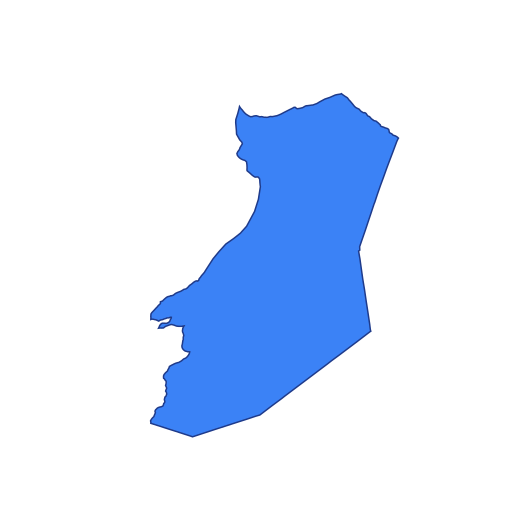 the district of Mandera West, North-Eastern, Kenya, rotated 233°
{"feature_id": "3690345B48276245407304", "entity_name": "Mandera West", "entity_type": "district", "adm_level": 2, "iso_a3": "KEN", "parent_name": "Kenya", "parent_adm1": "North-Eastern", "projection": "equal_earth", "projection_center": [40.274, 3.456], "detail": "fine", "context": "isolated", "style": "filled", "palette": "blue", "viewbox_px": 512, "rotation_deg": 233, "n_neighbors": 0, "source": "geoboundaries", "source_scale": "gbopen_adm2", "svg_char_len": 6112}
<svg xmlns="http://www.w3.org/2000/svg" viewBox="0 0 512 512"><g transform="rotate(233 256 256)"><path d="M185.7,71.3L156.9,91.6L151.8,95.2L149.8,96.5L142.1,119.1L135.7,137.6L131.0,151.1L128.4,158.9L126.7,163.4L126.8,178.9L126.7,190.6L126.8,194.4L126.8,209.7L126.8,238.9L126.8,247.7L126.9,253.6L126.8,262.6L126.8,270.1L126.8,285.8L126.9,299.1L126.9,301.2L126.9,302.5L127.2,302.5L127.5,302.6L128.9,303.3L133.2,305.8L143.9,311.6L153.4,316.7L164.0,322.5L173.0,327.2L182.4,332.4L191.2,337.3L192.2,337.8L198.2,340.9L198.2,342.4L201.1,344.4L205.4,350.8L210.7,358.7L216.5,367.1L221.1,373.8L226.5,381.6L227.5,383.3L232.1,389.9L237.4,397.8L241.9,404.8L247.1,412.7L251.1,419.0L256.2,427.1L262.7,437.3L264.1,439.9L264.4,440.7L265.7,440.5L266.9,440.1L268.2,439.5L269.3,438.7L270.0,438.2L271.3,438.1L272.2,437.8L273.5,437.1L274.4,436.9L275.1,437.2L275.3,437.3L275.8,437.5L276.2,437.7L276.4,437.8L277.1,438.1L277.8,438.0L278.8,437.6L279.9,436.8L280.7,436.2L281.3,435.9L282.2,435.4L283.1,434.7L283.7,434.3L284.3,433.9L285.0,433.8L286.0,434.2L286.9,434.0L287.5,433.9L288.9,433.7L289.7,433.4L290.8,433.3L291.5,433.0L292.0,432.6L292.5,432.2L293.3,431.6L293.8,431.3L294.4,431.4L295.0,431.2L295.9,430.7L297.0,430.7L298.3,430.6L299.1,430.5L300.1,429.8L300.7,429.6L302.6,429.6L302.9,429.7L303.3,429.7L303.9,429.6L304.7,429.3L305.3,428.8L305.9,427.9L307.0,427.5L307.8,427.2L308.6,426.9L309.2,426.8L310.1,426.8L310.9,426.7L311.3,426.7L311.6,426.5L312.2,426.2L312.4,426.1L313.3,425.6L314.4,425.1L315.2,424.9L316.2,424.7L319.4,424.6L321.3,424.5L323.2,424.4L323.8,424.3L324.2,424.2L324.7,424.2L326.1,424.2L327.3,424.2L327.9,424.0L328.4,423.8L328.8,423.7L329.4,423.4L329.7,423.3L330.9,422.9L332.1,422.5L333.1,422.2L334.3,421.9L334.4,421.1L336.1,417.9L336.9,416.1L338.2,410.5L339.9,405.4L340.8,399.6L341.1,396.5L342.4,392.2L343.0,391.3L343.7,390.0L344.5,388.6L345.0,387.7L345.6,386.8L346.0,385.8L346.2,384.5L346.3,383.2L346.5,382.2L346.9,381.4L347.4,380.2L348.1,378.8L348.7,377.7L349.5,377.1L350.6,377.0L351.3,376.7L351.9,375.7L352.0,374.5L352.3,372.8L352.6,371.4L353.1,368.6L353.5,366.4L353.9,364.1L354.3,361.5L354.8,359.4L355.4,357.2L356.1,355.8L356.7,354.5L357.2,353.5L357.3,353.2L357.7,352.7L358.0,352.3L358.5,351.8L358.7,351.5L359.2,350.5L359.6,349.1L360.5,347.7L361.2,347.0L361.9,346.0L363.1,345.1L364.0,344.3L364.5,343.4L365.1,342.6L366.0,342.0L367.0,341.3L367.9,340.6L368.6,339.4L369.1,338.5L369.6,336.9L370.5,335.5L371.5,334.9L373.4,334.1L375.3,333.4L376.9,333.1L378.9,332.9L380.8,332.9L382.6,332.7L384.1,332.7L385.3,332.8L384.0,331.3L380.7,327.1L377.1,322.0L374.8,320.1L367.8,315.7L365.0,313.8L362.3,313.4L358.5,312.9L355.4,313.2L353.8,312.6L352.2,308.5L351.5,307.6L350.8,306.2L350.3,304.3L349.3,302.4L347.6,301.7L345.9,301.7L344.3,301.9L342.4,302.5L340.6,303.5L339.2,304.5L338.9,304.7L336.9,305.1L334.2,303.6L331.9,302.0L330.2,300.6L329.5,300.2L328.5,300.4L326.9,300.8L324.9,301.2L322.7,301.6L320.5,302.3L319.5,302.8L318.7,304.1L318.0,305.1L316.7,305.3L315.5,305.3L313.9,304.4L312.1,303.2L310.3,302.1L308.7,301.2L299.8,292.0L293.2,282.7L292.5,281.8L285.4,266.4L284.1,259.7L283.6,257.4L283.4,248.6L283.7,239.1L281.7,228.7L279.6,220.0L274.6,206.4L274.2,205.5L274.0,205.0L273.9,204.5L273.5,202.7L273.1,200.7L272.4,198.7L272.2,197.4L272.0,196.9L271.8,196.6L271.2,195.7L271.0,195.4L271.1,194.2L271.7,193.9L272.4,192.4L272.4,191.9L272.5,190.8L272.6,190.2L272.5,189.7L272.4,188.6L272.4,188.3L272.4,187.9L272.4,187.1L272.4,186.8L272.4,186.5L272.5,185.7L272.4,184.6L272.1,183.5L271.9,182.0L271.8,181.5L271.9,181.0L271.9,180.2L272.0,179.9L272.1,179.6L272.6,178.7L272.8,178.2L272.8,177.7L272.9,176.7L273.0,175.5L273.2,174.4L274.0,171.8L274.1,171.3L274.2,170.9L274.5,169.7L274.5,169.2L274.6,168.7L274.5,167.8L274.5,166.3L274.8,165.4L275.0,165.0L275.1,164.6L275.6,163.9L275.9,162.6L276.5,161.4L276.8,160.1L276.8,158.9L276.7,157.2L276.5,155.5L276.3,154.3L276.4,153.8L276.6,153.4L277.0,152.1L276.8,151.9L276.2,151.6L275.8,151.3L275.6,151.1L275.4,150.2L275.3,149.0L275.2,148.0L274.8,146.6L274.5,144.5L274.2,143.0L273.9,141.4L273.7,140.0L273.4,138.5L272.9,137.2L271.8,136.3L271.5,136.0L271.2,135.7L270.3,135.2L268.6,133.8L268.3,134.8L267.1,136.1L266.5,136.5L266.0,137.0L265.4,137.5L264.8,138.0L264.2,138.2L263.7,138.7L262.9,138.8L262.5,139.3L262.4,141.1L261.3,143.3L261.1,144.5L260.3,146.6L260.1,147.6L259.4,148.7L258.9,149.4L258.8,150.3L258.5,151.0L258.0,151.5L257.6,151.1L257.3,150.7L257.1,150.3L256.6,149.1L255.8,147.9L255.6,146.6L255.8,144.7L256.3,143.7L257.6,142.2L258.8,140.6L258.9,138.8L258.4,137.2L257.6,135.9L257.0,134.7L256.5,135.6L255.9,136.5L255.0,137.6L254.2,138.9L254.3,140.5L254.1,141.9L253.7,143.1L252.9,145.8L252.1,147.4L250.3,148.8L247.8,150.4L246.3,152.0L244.7,154.1L244.0,155.4L243.5,156.4L242.9,155.0L242.2,153.9L241.3,153.0L240.5,152.2L239.4,151.6L238.3,151.4L236.7,150.8L235.9,150.4L235.0,149.1L234.2,148.4L233.2,147.8L232.4,146.6L230.1,144.3L228.8,142.7L227.4,141.9L226.0,141.6L224.5,141.7L223.0,142.1L222.1,142.7L221.4,143.3L220.6,143.8L220.0,144.7L219.4,145.4L218.7,144.7L217.9,143.4L217.3,141.9L216.8,139.6L216.8,138.1L217.2,136.9L217.3,136.0L217.2,134.8L217.1,133.2L217.3,132.0L217.4,130.5L217.9,129.4L218.6,127.6L219.1,125.7L219.3,124.3L219.6,122.9L219.7,122.0L219.9,120.4L219.1,119.3L218.5,118.0L218.1,117.1L217.4,116.0L217.3,114.7L217.2,113.4L216.9,112.3L216.7,111.3L215.9,110.0L214.9,109.2L213.9,108.6L213.1,108.9L211.8,108.8L211.2,108.7L210.4,108.9L209.6,108.6L208.9,108.0L207.8,107.0L207.1,105.9L206.3,105.7L205.7,105.5L205.3,105.5L204.9,105.4L204.6,105.3L204.0,104.9L203.4,103.9L203.2,103.5L202.9,103.1L202.5,102.5L201.1,102.4L200.2,102.0L199.4,101.6L199.1,101.0L198.7,100.4L198.2,99.6L198.2,99.0L198.1,98.3L197.6,97.8L197.1,97.1L196.6,96.5L196.1,96.2L195.5,96.0L194.9,95.8L194.7,95.6L194.3,95.3L194.0,94.8L193.9,94.5L193.7,93.5L192.8,92.4L192.2,91.2L192.6,89.8L192.7,89.5L192.8,89.2L193.3,88.2L193.8,86.7L193.9,85.5L193.7,84.4L193.6,83.3L193.2,82.4L192.5,81.7L191.6,81.5L191.0,80.7L190.8,80.4L190.6,80.0L190.2,79.3L189.8,78.6L189.2,77.8L189.1,77.1L189.1,76.6L189.0,76.0L188.8,75.2L188.7,74.7L188.3,73.6L188.0,72.8L187.1,72.2L186.2,71.8L185.7,71.3Z" fill="#3b82f6" stroke="#1e3a8a" stroke-width="1.5"/></g></svg>